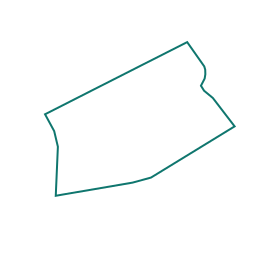 outline of Mwanza, rotated 327°
{"feature_id": "MWI-1922", "entity_name": "Mwanza", "entity_type": "District", "adm_level": 1, "iso_a3": "MWI", "parent_name": "Malawi", "parent_adm1": "", "projection": "albers", "projection_center": [34.593, -15.694], "detail": "fine", "context": "isolated", "style": "outline", "palette": "teal", "viewbox_px": 256, "rotation_deg": 327, "n_neighbors": 0, "source": "natural_earth", "source_scale": "10m", "svg_char_len": 383}
<svg xmlns="http://www.w3.org/2000/svg" viewBox="0 0 256 256"><g transform="rotate(327 128 128)"><path d="M30.5,145.5L59.0,105.5L64.4,90.4L65.9,71.3L120.5,77.1L174.9,82.9L224.4,88.2L225.5,117.9L224.5,121.2L222.1,125.1L219.2,128.3L212.2,132.3L212.1,138.2L215.5,149.0L218.3,184.7L120.3,182.1L102.1,176.3L37.1,148.3L30.5,145.5Z" fill="none" stroke="#0f766e" stroke-width="2"/></g></svg>